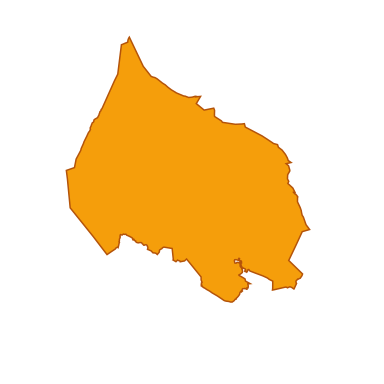 the district of Ocuilan, México, Mexico, rotated 302°
{"feature_id": "50627088B51709543913747", "entity_name": "Ocuilan", "entity_type": "district", "adm_level": 2, "iso_a3": "MEX", "parent_name": "Mexico", "parent_adm1": "México", "projection": "natural_earth1", "projection_center": [-99.429, 19.001], "detail": "fine", "context": "isolated", "style": "filled", "palette": "amber", "viewbox_px": 384, "rotation_deg": 302, "n_neighbors": 0, "source": "geoboundaries", "source_scale": "gbopen_adm2", "svg_char_len": 5923}
<svg xmlns="http://www.w3.org/2000/svg" viewBox="0 0 384 384"><g transform="rotate(302 192 192)"><path d="M279.5,54.1L252.6,66.6L245.4,67.3L215.0,71.5L214.8,71.5L214.2,71.3L213.9,71.2L213.7,71.3L213.2,71.5L212.7,71.7L212.3,71.6L211.9,71.5L211.3,71.4L211.1,71.4L209.7,71.9L209.3,71.9L209.0,71.9L208.3,72.2L207.3,72.4L206.4,72.3L205.6,72.5L205.4,72.5L205.1,72.5L204.2,72.1L204.0,71.9L203.6,71.8L202.7,71.2L201.7,70.9L201.2,70.7L200.6,70.9L200.1,71.2L199.5,71.4L198.8,71.3L198.0,70.8L195.9,71.1L195.4,71.2L194.3,71.5L192.7,71.6L191.5,72.3L191.3,72.7L191.2,72.7L189.4,72.9L187.7,72.7L186.9,72.8L185.9,72.9L183.7,73.2L177.5,73.8L175.3,74.3L170.1,75.0L168.4,75.6L164.4,75.9L158.5,76.3L150.4,79.4L143.7,74.0L137.1,79.4L114.0,97.1L101.9,131.8L96.4,146.4L93.9,153.1L99.8,155.7L103.1,157.2L103.9,157.1L105.7,158.0L105.7,158.8L106.4,158.5L107.0,158.4L109.8,157.4L110.2,157.2L110.5,157.2L110.8,157.2L111.0,156.8L111.3,156.4L111.9,156.4L112.9,155.8L113.5,155.5L114.1,155.3L115.0,155.3L115.1,155.1L115.6,154.9L115.9,154.9L116.0,154.6L117.2,154.0L117.9,153.9L118.1,154.0L118.1,154.3L118.3,155.1L118.4,155.5L119.9,156.0L120.2,157.1L121.2,158.3L120.9,159.0L120.8,159.4L120.8,159.8L121.0,160.7L121.2,161.9L121.1,162.4L121.4,163.3L121.3,164.1L121.4,164.7L121.3,165.0L121.4,165.5L121.3,165.8L121.1,166.3L120.7,166.5L120.4,167.1L120.2,167.2L120.1,167.5L120.4,167.6L120.7,167.8L120.8,167.9L121.0,167.9L120.8,168.4L120.7,168.6L120.5,169.1L120.4,169.7L120.6,170.1L120.1,170.4L120.0,170.9L119.9,171.6L120.0,172.4L120.3,173.0L120.4,173.4L121.1,174.1L121.7,174.9L122.2,175.8L122.2,176.3L121.8,177.2L121.7,177.8L121.7,178.3L121.4,178.8L121.3,179.2L121.7,179.6L121.8,180.0L122.0,180.1L122.3,180.2L123.0,181.0L123.0,181.5L123.0,181.8L122.8,182.3L122.8,182.5L122.4,183.0L122.1,183.1L121.9,183.6L121.6,183.9L121.2,184.3L120.5,184.4L119.8,184.6L119.8,185.2L120.0,185.7L120.3,187.9L120.4,188.3L120.3,189.0L120.1,189.5L120.0,190.2L119.8,190.9L119.7,191.1L120.1,191.9L120.3,192.1L120.9,193.8L120.8,194.5L120.6,195.7L123.3,196.1L124.1,196.0L124.6,195.6L125.4,195.3L125.7,195.3L127.1,195.9L127.8,196.4L128.5,196.5L129.0,196.5L129.3,196.6L129.8,197.0L130.4,197.4L133.6,205.1L124.5,212.2L124.3,212.1L124.4,215.3L126.6,215.8L126.6,216.6L126.9,217.3L127.0,217.9L126.9,218.6L127.1,219.1L126.8,219.2L129.6,222.2L132.3,222.9L124.8,244.7L122.3,246.3L120.7,248.4L119.8,248.2L119.6,248.4L119.1,248.6L118.9,249.0L118.4,248.9L118.1,249.2L117.9,249.2L117.9,249.9L117.4,250.0L117.6,250.3L117.2,250.9L117.3,251.2L117.0,252.3L117.1,252.8L117.2,253.0L117.2,254.1L117.1,256.0L117.3,259.4L117.1,262.4L117.3,268.6L117.0,276.9L117.5,278.7L118.6,281.1L119.2,283.2L119.7,283.9L120.0,284.4L122.1,285.3L124.1,285.5L124.3,286.0L124.7,286.2L125.5,285.9L125.9,286.0L126.4,286.2L128.2,286.5L130.0,286.6L130.9,286.5L131.5,286.1L132.7,286.0L133.5,286.1L134.1,286.2L134.0,286.4L133.6,286.9L133.9,287.0L134.7,287.2L134.8,286.5L135.2,286.6L136.2,286.1L137.0,286.3L137.6,287.5L138.3,287.9L138.4,288.3L138.4,289.6L138.6,290.1L138.9,290.2L139.9,289.5L140.0,289.4L140.3,289.7L140.5,290.3L142.0,289.6L142.9,288.8L143.1,288.4L143.9,287.9L144.1,288.1L144.4,288.7L144.4,289.0L144.7,289.4L145.1,289.9L144.8,284.6L146.4,283.0L146.4,279.8L146.2,276.7L146.3,275.8L146.4,275.7L146.9,276.0L148.6,276.8L149.5,277.1L150.3,277.3L151.0,277.1L151.4,276.9L152.6,275.9L153.3,274.8L153.7,274.9L153.8,274.6L154.1,273.9L154.1,273.3L154.5,272.3L155.2,271.8L155.5,271.5L156.0,271.3L156.6,270.6L156.8,270.7L157.6,270.4L157.5,269.9L157.5,269.7L157.4,269.6L157.3,269.2L156.9,269.0L156.6,268.8L156.4,267.7L156.1,267.4L155.3,267.2L155.1,267.2L154.9,267.0L154.8,266.8L154.5,265.9L156.2,264.3L157.2,264.1L157.4,264.3L157.6,264.6L157.7,264.8L157.7,265.0L157.8,265.1L158.0,265.2L158.1,265.5L158.4,266.8L158.5,266.9L158.7,267.7L159.4,267.5L160.0,266.9L160.7,267.0L160.7,267.6L160.2,267.7L159.4,268.2L159.1,268.7L159.2,269.0L159.1,269.4L158.9,269.3L158.7,269.5L158.8,269.7L159.5,269.9L159.6,270.1L159.3,270.8L158.6,270.9L158.2,270.9L158.1,271.7L157.1,271.5L156.0,272.4L155.3,273.3L154.1,275.4L154.5,275.4L154.7,275.7L154.8,276.3L154.6,276.7L154.8,277.2L154.9,278.0L154.8,278.3L154.6,278.6L154.1,278.8L153.9,278.6L153.5,278.6L153.2,278.7L152.8,278.6L152.7,278.9L152.7,279.3L153.1,280.5L153.0,280.9L153.7,281.0L153.7,280.9L153.7,280.6L154.1,280.8L154.5,280.8L154.9,280.7L155.1,280.7L155.4,280.6L155.6,280.9L156.0,280.9L156.0,281.2L156.3,281.4L155.7,283.0L156.9,289.2L157.3,291.1L158.4,296.5L159.0,301.0L159.0,302.4L158.8,303.7L159.2,307.7L153.2,311.4L151.5,312.2L152.5,313.3L159.9,320.7L160.9,321.7L161.4,322.8L161.3,323.2L161.3,323.7L163.6,325.3L163.9,327.5L163.7,329.7L163.8,329.9L169.2,329.2L169.4,329.0L169.6,329.0L169.8,329.1L170.3,328.4L170.8,327.7L171.2,327.7L171.7,327.4L172.1,327.4L172.6,327.4L173.1,327.7L173.6,327.8L174.2,327.8L174.5,328.1L174.6,328.5L174.9,328.6L175.4,328.8L175.8,329.1L176.0,329.3L176.3,329.5L176.7,329.5L179.3,329.6L181.1,329.2L185.2,310.3L202.6,308.3L216.8,306.5L222.5,311.6L224.7,306.0L229.7,299.8L230.7,297.7L232.5,295.9L234.2,294.4L236.2,291.9L239.6,286.6L243.6,284.2L243.9,284.3L244.0,284.1L244.8,282.2L244.9,281.5L245.0,281.3L245.1,281.1L244.9,280.6L245.2,279.7L245.4,278.4L245.5,278.2L245.7,278.4L245.7,279.7L246.1,279.8L248.8,275.4L250.0,268.8L252.3,268.4L253.7,266.0L257.3,264.0L261.7,263.8L262.5,263.2L265.4,260.0L265.9,256.8L269.5,260.4L269.7,256.9L271.4,254.8L273.4,251.3L275.3,246.1L275.7,241.6L277.5,239.4L276.3,235.4L276.4,234.4L276.7,221.7L275.3,202.8L277.7,200.2L276.2,198.4L272.4,192.9L267.2,180.9L267.9,179.3L268.0,171.3L268.2,170.9L270.2,169.6L273.0,168.0L273.7,167.3L274.6,166.0L267.9,158.9L269.2,148.8L277.6,148.6L274.8,144.9L275.3,144.9L274.9,144.0L272.9,142.2L272.7,142.1L270.4,139.1L269.9,136.7L269.7,135.5L269.0,134.0L267.7,125.9L267.8,125.7L267.7,120.3L268.1,115.8L268.7,112.6L268.7,109.2L269.5,102.3L269.4,100.0L268.7,97.8L268.4,96.1L272.7,84.1L290.1,56.8L288.9,56.8L287.7,57.0L286.9,57.2L285.0,58.1L279.5,54.1Z" fill="#f59e0b" stroke="#b45309" stroke-width="1.5"/></g></svg>